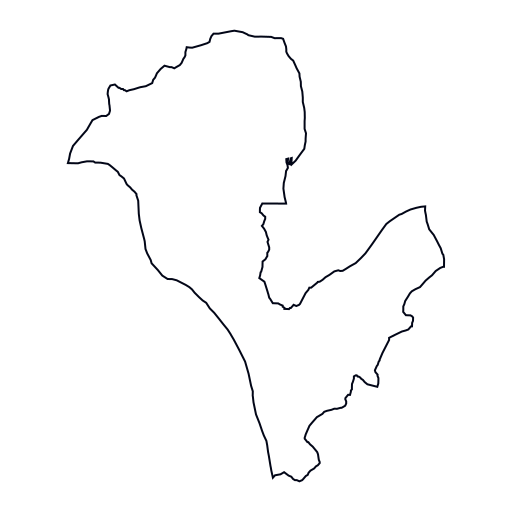 the district of Suhag, Suhaj, Egypt
{"feature_id": "37247803B47370411243252", "entity_name": "Suhag", "entity_type": "district", "adm_level": 2, "iso_a3": "EGY", "parent_name": "Egypt", "parent_adm1": "Suhaj", "projection": "equal_earth", "projection_center": [31.692, 26.547], "detail": "fine", "context": "isolated", "style": "outline", "palette": "ink", "viewbox_px": 512, "rotation_deg": 0, "n_neighbors": 0, "source": "geoboundaries", "source_scale": "gbopen_adm2", "svg_char_len": 5462}
<svg xmlns="http://www.w3.org/2000/svg" viewBox="0 0 512 512"><path d="M67.9,163.1L78.0,163.3L81.6,162.3L87.1,161.3L93.4,161.4L95.2,162.6L98.0,162.6L100.7,162.7L107.9,163.9L109.7,165.1L112.4,167.3L115.1,169.6L116.4,170.7L117.8,171.8L119.5,175.1L121.3,176.3L124.0,178.5L126.6,184.0L127.5,185.1L130.2,187.4L132.0,189.6L134.5,191.7L136.5,194.1L136.4,195.2L138.2,200.7L138.8,213.8L139.6,220.4L141.3,228.1L144.2,239.1L144.7,241.3L145.5,249.0L147.2,253.4L150.7,260.0L151.6,263.3L157.8,270.0L162.3,275.6L167.6,279.0L172.2,279.1L176.7,280.3L185.7,284.9L189.3,287.1L192.0,289.4L194.6,292.7L199.1,297.2L202.7,300.5L206.2,302.8L209.8,308.4L211.9,310.5L214.2,312.8L218.7,318.4L223.1,324.0L227.6,329.5L230.5,334.0L231.1,335.1L233.7,339.5L239.0,349.5L245.1,361.6L248.6,373.8L251.1,385.8L252.8,391.3L252.7,395.7L252.9,396.8L253.5,402.3L256.0,414.4L259.5,423.2L262.1,430.9L263.8,435.4L266.4,440.9L267.2,445.3L268.1,452.1L268.9,456.2L270.5,466.1L270.8,467.5L271.3,470.5L272.9,477.7L275.0,475.3L280.5,474.3L284.1,472.2L288.6,475.6L291.3,476.7L293.1,479.0L294.9,480.1L296.7,480.1L299.4,481.3L302.1,480.2L303.1,479.2L305.8,476.0L307.7,474.9L308.6,472.7L310.5,470.6L314.1,468.5L316.0,466.3L317.8,465.3L319.7,463.1L319.7,462.0L318.8,459.8L318.0,454.3L317.2,452.1L316.3,451.0L314.5,448.8L312.7,446.6L310.0,444.3L308.3,442.1L307.4,442.1L305.6,439.8L304.7,438.7L304.7,437.6L305.1,436.5L305.7,434.4L307.6,430.0L309.5,425.7L312.2,422.5L315.0,419.3L316.9,417.1L318.7,416.1L319.5,415.6L322.4,413.9L324.2,411.8L327.0,410.8L331.5,409.8L334.3,408.7L337.0,408.8L340.6,407.8L341.6,407.8L343.4,406.8L345.2,405.7L346.2,403.5L346.2,401.4L345.3,399.2L345.4,398.1L348.1,394.8L350.0,394.9L350.9,391.6L350.9,390.5L351.9,389.4L351.9,387.3L352.0,384.0L352.9,381.8L353.9,378.6L353.9,376.4L355.8,375.3L356.7,375.3L357.6,376.5L358.5,376.5L360.3,377.6L361.1,378.7L362.9,379.9L364.7,382.1L367.4,384.3L377.3,386.8L378.3,383.5L378.4,380.2L378.4,378.0L377.5,375.8L377.6,374.6L375.8,372.6L375.4,372.1L374.9,370.3L376.8,366.0L377.7,364.9L378.7,361.6L379.6,360.5L379.7,359.5L382.5,352.9L389.1,340.0L389.1,337.8L395.5,334.6L401.9,331.5L405.6,330.5L408.3,329.5L411.1,326.3L412.0,326.3L412.1,324.0L412.1,323.0L413.0,320.8L413.1,317.6L412.2,316.4L410.4,315.3L409.4,315.3L408.6,315.3L405.9,315.2L405.0,314.1L403.2,311.9L403.3,309.7L403.3,308.3L403.3,306.4L404.3,304.2L405.2,301.0L408.0,296.6L409.9,293.4L411.8,291.3L415.4,289.2L420.0,287.1L422.8,283.9L425.6,280.6L429.3,277.4L431.1,276.0L432.0,275.3L435.7,271.0L440.3,267.9L443.1,266.8L444.0,266.8L444.1,259.2L443.3,254.8L442.4,253.7L440.7,248.2L438.9,244.9L437.2,241.5L433.7,234.9L431.9,232.7L429.2,229.3L427.8,224.7L427.5,223.8L426.7,221.6L425.9,215.0L425.4,212.7L425.0,210.6L425.2,206.4L421.0,206.8L416.4,207.8L410.5,209.5L406.1,211.5L401.6,214.0L399.3,214.7L389.7,221.3L386.3,224.0L381.8,230.2L372.7,243.3L371.0,245.7L370.9,245.8L370.7,246.1L365.4,253.4L361.0,258.0L355.7,263.1L352.6,264.8L349.9,266.3L346.0,268.8L342.7,270.8L340.2,271.0L338.3,270.3L334.3,271.4L330.0,274.5L329.1,275.1L325.5,277.2L322.6,279.8L319.7,281.7L317.9,281.9L317.9,282.0L317.3,282.6L311.1,287.7L309.3,287.7L308.4,289.8L305.6,293.1L300.0,303.9L299.0,304.9L296.3,306.0L293.6,304.8L292.7,305.9L290.8,308.0L289.9,308.0L289.0,309.1L287.2,309.0L284.4,308.9L284.5,307.9L282.7,306.7L282.7,305.6L280.0,304.5L279.2,304.0L278.2,303.4L272.8,303.2L270.1,298.8L269.2,297.7L268.4,294.4L267.9,292.9L267.7,292.1L265.3,284.4L264.4,281.7L259.3,278.1L260.1,275.5L260.6,272.3L261.2,271.7L262.5,266.9L262.5,265.8L262.6,261.5L265.4,259.3L266.6,257.2L267.3,256.1L267.3,252.8L268.2,251.7L269.2,249.6L269.2,247.4L267.5,241.9L268.5,239.7L267.6,237.6L266.7,235.3L265.9,232.0L264.1,228.7L261.9,225.9L263.3,224.3L264.3,221.0L265.2,218.9L265.2,217.8L265.2,216.7L263.5,215.5L261.7,213.3L259.9,212.2L259.9,210.0L260.0,207.8L262.3,203.5L286.1,203.6L286.0,202.8L284.6,197.1L283.4,188.6L283.8,182.9L285.5,176.1L286.1,170.9L286.3,170.6L286.5,170.4L286.8,169.8L287.9,167.9L287.5,165.1L286.5,162.4L286.3,159.1L288.1,158.6L287.7,161.9L288.6,163.8L290.0,164.3L289.9,161.8L290.8,158.3L291.7,158.0L291.5,161.5L291.8,164.3L295.6,160.7L299.2,155.7L301.4,152.7L304.3,148.8L304.8,145.3L305.6,141.5L305.6,138.8L306.0,133.3L304.6,128.9L304.6,125.9L304.6,123.7L304.6,121.0L304.8,118.0L304.7,112.0L304.2,107.9L302.8,102.0L302.8,97.6L302.3,91.6L301.2,87.3L300.9,86.2L300.8,81.8L299.6,76.7L299.4,73.4L296.6,68.2L295.7,66.1L293.2,60.6L290.9,58.8L288.6,56.1L287.0,53.4L286.3,51.7L286.3,49.3L286.0,46.5L284.6,43.0L283.1,38.8L281.0,38.1L277.6,38.1L274.7,38.2L271.2,36.9L261.5,36.6L254.9,36.7L248.4,35.2L247.2,34.3L245.0,33.3L242.7,32.2L234.4,30.7L231.2,31.2L218.3,33.7L213.5,33.7L211.4,36.2L210.2,39.0L209.8,40.7L209.5,41.9L207.2,43.2L203.8,44.3L201.1,45.2L192.2,47.7L189.9,47.6L186.7,47.2L186.4,48.8L185.4,52.1L185.4,55.4L184.4,57.5L183.5,58.6L181.6,62.9L179.8,65.1L176.1,67.2L174.3,68.3L171.5,67.1L169.7,67.1L165.2,65.9L164.5,65.7L160.6,69.0L156.9,73.3L156.0,75.5L155.0,77.7L153.2,79.8L152.2,83.1L145.8,86.2L140.3,87.2L138.6,87.7L133.9,89.2L129.4,90.2L126.6,91.3L124.8,90.1L123.9,90.1L123.0,89.0L121.2,89.0L119.4,87.8L118.5,87.8L114.9,84.5L111.3,85.3L110.4,85.5L108.5,88.7L108.1,90.0L107.8,92.0L107.7,93.1L107.6,94.1L108.5,97.4L109.0,99.6L109.0,100.8L109.2,104.0L109.5,105.4L109.8,108.4L109.9,109.1L110.0,110.7L109.4,112.6L109.0,113.9L106.2,116.0L101.6,115.9L100.9,116.2L98.9,116.9L92.5,120.1L90.6,123.3L88.7,126.6L86.9,129.8L84.1,133.0L77.6,140.5L73.0,145.9L70.1,153.5L69.1,158.9L67.9,163.1Z" fill="none" stroke="#020617" stroke-width="2"/></svg>